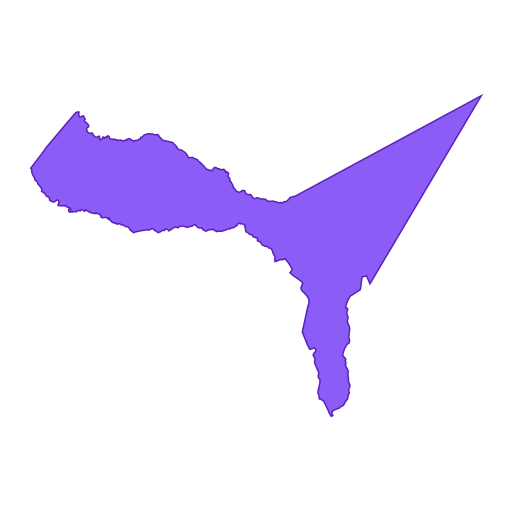 outline of Cental Imenti, Eastern, Kenya, rotated 180°
{"feature_id": "3690345B53474417583970", "entity_name": "Cental Imenti", "entity_type": "district", "adm_level": 2, "iso_a3": "KEN", "parent_name": "Kenya", "parent_adm1": "Eastern", "projection": "natural_earth1", "projection_center": [37.683, 0.042], "detail": "fine", "context": "isolated", "style": "filled", "palette": "violet", "viewbox_px": 512, "rotation_deg": 180, "n_neighbors": 0, "source": "geoboundaries", "source_scale": "gbopen_adm2", "svg_char_len": 6152}
<svg xmlns="http://www.w3.org/2000/svg" viewBox="0 0 512 512"><g transform="rotate(180 256 256)"><path d="M30.7,416.3L217.2,315.6L218.1,315.7L222.2,314.3L223.4,312.6L225.5,310.7L226.1,310.4L228.0,310.4L229.4,309.2L230.1,309.0L231.2,309.6L232.6,309.2L233.9,309.2L235.8,310.2L237.3,310.2L238.8,311.0L240.8,310.6L241.5,310.8L243.9,310.7L245.7,311.9L246.6,312.8L251.3,313.1L254.2,314.2L255.0,314.3L256.8,313.4L257.6,313.4L259.3,314.3L260.5,316.7L261.1,317.1L262.1,317.5L264.3,317.3L265.4,318.1L266.6,319.1L267.0,320.9L267.9,321.6L269.3,321.6L272.7,319.6L275.4,320.7L277.8,323.7L278.4,324.0L279.3,327.1L280.2,328.4L280.7,329.9L281.9,330.6L282.2,333.2L282.5,334.1L283.9,335.4L284.1,336.3L283.4,337.9L283.4,338.6L284.2,339.6L285.2,340.2L285.5,339.7L286.3,339.7L286.9,341.5L288.0,342.6L288.7,342.8L289.2,342.4L290.5,342.2L293.0,343.2L294.6,343.3L295.3,344.1L297.5,344.6L299.0,342.9L299.2,342.2L300.3,341.2L301.1,341.8L302.4,341.6L303.5,342.3L305.6,342.8L308.7,346.5L309.3,346.9L310.0,348.0L310.8,348.1L311.4,349.3L313.3,350.6L314.4,352.2L316.7,353.3L318.2,353.3L319.1,354.6L323.2,354.3L324.0,354.9L324.5,356.5L326.9,359.6L328.6,360.5L330.1,361.8L333.4,362.6L334.1,363.0L335.5,365.5L339.5,369.6L349.3,371.8L352.2,374.8L353.8,377.2L354.5,377.5L357.2,377.1L359.3,378.0L361.7,377.9L362.3,378.4L364.5,378.1L367.9,377.0L370.3,374.5L371.2,374.7L371.6,373.2L372.9,372.9L374.5,371.5L376.0,371.8L378.3,370.8L379.1,371.5L380.5,371.9L381.8,373.0L383.0,373.4L384.5,372.9L385.1,372.2L385.6,372.5L386.6,371.5L388.9,371.2L391.7,372.0L394.0,371.5L394.6,372.1L396.6,372.1L397.0,372.8L397.6,372.9L399.0,372.4L399.7,372.9L401.5,372.9L402.5,374.0L402.8,375.5L404.4,376.2L405.1,375.6L405.1,374.6L405.9,374.6L406.4,375.0L407.5,373.8L408.5,374.9L409.1,375.0L409.5,373.8L411.9,372.1L412.4,372.7L412.6,373.7L412.4,375.2L412.8,375.9L415.4,374.8L416.8,374.9L418.1,376.5L418.8,376.8L419.1,378.0L419.6,378.8L420.2,379.1L421.5,378.5L424.2,379.6L425.5,382.6L424.9,384.3L424.4,384.8L423.5,385.0L423.2,386.4L423.6,387.1L425.7,389.5L427.0,389.8L427.5,391.4L427.3,392.2L426.8,392.8L428.3,395.7L428.9,396.2L431.3,395.2L432.3,395.2L432.8,395.9L433.4,398.1L432.9,399.8L433.5,400.2L435.0,399.7L435.7,399.8L438.1,397.3L465.4,365.0L468.8,360.1L481.3,343.8L480.4,343.2L480.4,340.7L479.8,338.4L477.9,334.6L477.4,333.9L476.8,331.5L475.5,331.1L474.9,330.5L473.9,327.7L472.2,326.0L470.4,323.4L470.2,322.1L470.5,320.6L469.0,320.0L468.7,319.2L467.0,318.9L466.5,317.1L466.0,316.3L465.3,315.7L464.5,315.7L464.0,315.0L462.4,314.2L462.6,312.6L462.3,311.8L459.8,310.2L457.5,310.1L455.4,311.7L454.5,312.1L453.8,311.6L453.3,311.0L453.1,310.2L453.4,308.0L454.0,307.3L453.8,306.5L453.1,306.3L451.5,306.4L450.2,306.0L448.7,306.4L447.6,306.0L446.9,306.0L446.1,306.6L445.6,305.6L444.8,304.9L443.8,304.3L442.8,304.6L442.2,304.0L441.6,303.8L441.3,303.2L442.9,302.8L443.4,302.2L443.4,301.2L443.0,300.4L442.5,299.9L440.9,300.0L441.0,300.8L440.4,301.0L439.4,300.0L437.4,300.4L435.9,300.2L435.0,300.6L433.6,301.7L432.3,301.3L431.5,301.3L431.1,302.1L428.6,301.9L428.1,301.0L427.3,300.8L426.5,301.2L426.0,302.1L422.3,299.7L417.0,298.3L416.6,299.0L415.9,299.2L415.2,298.5L413.8,298.3L411.9,297.3L410.7,294.6L409.3,294.2L406.6,294.6L404.7,294.0L403.8,292.9L403.1,294.1L402.6,293.7L402.4,292.2L401.3,291.6L401.0,290.9L400.5,290.6L399.6,289.5L398.9,289.6L397.5,288.8L396.7,289.1L395.7,288.1L394.9,288.3L394.5,287.8L392.6,288.4L390.6,287.1L389.0,287.2L387.8,286.2L386.9,286.0L386.0,285.3L384.3,285.2L383.5,284.7L382.9,284.1L382.3,282.5L380.5,281.2L380.1,280.6L379.5,280.6L378.8,279.5L378.2,279.3L377.2,279.9L371.9,281.1L366.2,282.0L362.4,282.0L360.7,283.2L359.9,283.4L358.5,282.8L357.4,281.4L355.7,281.0L354.2,279.4L353.6,279.4L351.3,280.4L350.0,281.4L348.5,281.6L347.8,281.4L347.3,281.8L347.0,282.6L346.2,282.9L345.4,283.0L344.6,282.7L343.0,281.1L342.7,281.8L341.0,282.3L338.9,283.9L337.1,284.8L335.4,284.8L334.3,284.1L333.7,284.4L332.3,285.8L331.4,285.6L328.7,286.0L325.2,284.7L324.4,284.8L319.4,286.1L318.2,287.0L317.3,287.3L316.6,287.2L315.6,285.8L314.0,284.5L312.0,283.9L310.2,284.2L309.0,282.2L306.5,281.0L305.7,280.9L302.8,282.4L301.8,282.1L298.6,282.9L297.8,281.5L296.8,281.3L295.3,280.4L293.3,280.8L290.6,280.7L288.0,281.4L284.0,283.0L281.9,283.1L281.3,283.9L278.5,284.3L275.3,286.3L273.4,288.8L272.6,288.8L271.4,288.0L270.1,288.6L268.9,287.7L267.3,286.9L266.7,286.2L267.1,285.7L267.1,285.0L266.6,283.6L266.4,280.9L265.9,280.1L264.2,279.4L262.6,277.9L261.1,277.3L260.4,277.4L259.5,276.8L258.9,275.2L255.7,274.1L254.7,274.1L254.5,273.3L254.6,271.4L254.0,270.8L251.9,270.3L249.9,267.1L246.3,265.5L244.4,265.6L243.3,264.0L241.7,263.8L240.8,263.1L239.9,261.9L238.8,258.3L237.2,255.8L236.9,254.8L236.9,253.8L237.4,252.9L236.9,250.4L236.2,250.5L231.7,252.4L229.7,252.3L228.5,252.5L226.8,253.5L226.3,252.8L225.9,251.8L224.5,250.4L221.5,246.0L219.8,242.5L220.2,241.6L222.1,239.3L219.9,237.3L210.7,230.7L209.2,228.8L211.0,224.4L210.9,222.8L209.6,220.9L205.1,216.2L203.3,213.2L203.0,211.4L203.2,208.5L204.3,204.9L209.7,180.0L204.3,166.5L202.1,162.6L197.4,164.1L196.5,162.8L196.1,161.3L196.9,159.9L198.2,158.6L198.9,157.0L197.0,153.2L197.0,152.4L197.5,151.0L197.3,148.6L193.4,139.8L193.2,139.0L193.8,136.2L193.7,134.6L192.0,132.1L192.1,129.2L193.1,124.4L193.7,122.7L194.0,120.1L193.8,117.9L192.9,116.4L192.8,113.2L192.1,112.9L191.5,113.0L188.2,110.7L183.1,100.1L183.0,99.3L180.8,95.7L179.2,96.4L179.3,97.1L180.3,98.1L179.3,100.9L177.5,102.2L172.8,103.9L171.5,105.1L168.5,106.7L166.2,111.1L165.6,111.4L164.4,113.1L163.7,117.1L162.6,119.1L163.2,120.1L163.2,121.9L163.1,123.1L162.0,125.8L162.0,126.6L163.1,129.3L163.6,131.7L163.5,133.9L164.0,135.7L163.9,141.6L164.7,142.7L164.9,143.6L165.6,144.3L165.8,145.4L166.5,146.2L166.6,147.3L166.0,148.3L166.7,151.3L166.2,152.2L167.0,154.0L169.1,156.1L169.3,157.5L167.5,163.3L164.9,167.7L162.9,169.0L162.4,171.3L162.5,172.7L163.0,173.5L163.3,174.4L162.3,182.9L162.8,185.8L164.4,189.3L164.6,191.6L164.1,193.2L164.0,195.0L165.2,198.5L164.8,201.5L164.2,202.2L164.8,203.8L165.4,204.1L166.1,204.0L166.6,204.5L165.6,207.2L165.5,208.6L164.5,210.5L164.4,211.4L162.3,214.8L162.0,215.7L151.7,222.3L149.9,235.1L145.5,236.1L142.0,228.2L30.7,416.3Z" fill="#8b5cf6" stroke="#5b21b6" stroke-width="1.5"/></g></svg>